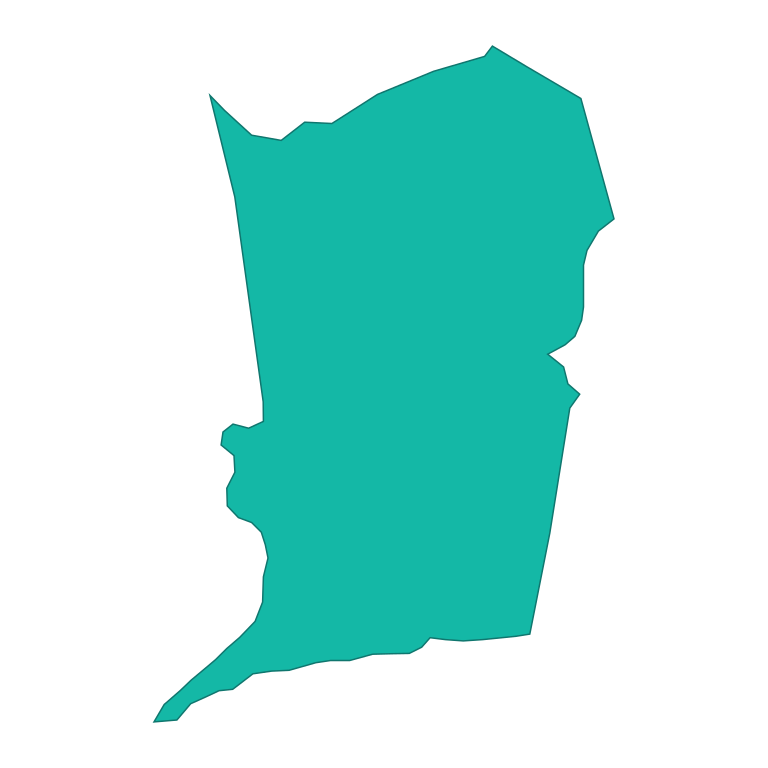 Areia de Baraúnas, Paraíba, Brazil (orthographic projection)
{"feature_id": "56859067B67861482735217", "entity_name": "Areia de Baraúnas", "entity_type": "district", "adm_level": 2, "iso_a3": "BRA", "parent_name": "Brazil", "parent_adm1": "Paraíba", "projection": "orthographic", "projection_center": [-36.973, -7.117], "detail": "fine", "context": "isolated", "style": "filled", "palette": "teal", "viewbox_px": 768, "rotation_deg": 0, "n_neighbors": 0, "source": "geoboundaries", "source_scale": "gbopen_adm2", "svg_char_len": 1037}
<svg xmlns="http://www.w3.org/2000/svg" viewBox="0 0 768 768"><path d="M614.0,218.9L580.9,98.5L526.4,66.5L492.4,46.1L484.6,56.4L433.6,71.3L377.5,94.4L331.9,123.5L304.7,122.2L281.2,140.4L251.6,135.2L224.6,110.5L210.0,95.5L234.8,196.9L263.2,401.8L263.4,421.4L248.6,428.2L233.0,424.1L223.0,432.0L221.1,445.0L234.0,455.6L234.9,472.2L226.8,488.2L227.3,505.9L238.4,517.6L251.6,522.5L261.3,532.2L265.3,544.7L268.0,558.0L263.4,576.8L262.6,602.1L255.1,621.4L239.7,637.4L226.8,648.5L215.5,659.7L205.2,668.4L191.2,680.1L180.1,690.7L164.2,704.5L154.0,721.9L176.9,720.0L190.7,703.7L205.8,696.9L219.0,690.7L232.7,689.3L252.9,673.8L271.5,671.1L289.1,670.3L315.8,662.7L330.6,660.5L349.7,660.5L372.6,654.2L392.1,653.7L409.3,653.4L421.7,647.2L430.1,637.7L445.4,639.6L463.2,640.9L482.7,639.6L515.8,636.3L529.8,634.1L549.8,533.1L569.8,408.1L579.7,394.2L567.9,383.9L563.6,367.0L547.7,354.2L565.2,344.7L574.9,336.3L581.6,320.3L583.5,307.0L583.5,285.2L583.5,265.1L587.0,250.4L598.4,231.1L614.0,218.9Z" fill="#14b8a6" stroke="#0f766e" stroke-width="1.5"/></svg>